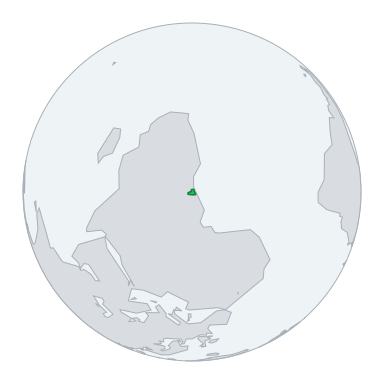 Zaire on an orthographic globe, rotated 186°
{"feature_id": "AGO-1882", "entity_name": "Zaire", "entity_type": "Province", "adm_level": 1, "iso_a3": "AGO", "parent_name": "Angola", "parent_adm1": "", "projection": "orthographic", "projection_center": [13.603, -6.817], "detail": "fine", "context": "on_globe", "style": "filled", "palette": "green", "viewbox_px": 384, "rotation_deg": 186, "n_neighbors": 0, "source": "natural_earth", "source_scale": "10m", "svg_char_len": 6699}
<svg xmlns="http://www.w3.org/2000/svg" viewBox="0 0 384 384"><g transform="rotate(186 192 192)"><circle cx="192" cy="192" r="169" fill="#eef3f6" stroke="#a8b0b8"/><path d="M109.6,44.5L101.4,49.6L97.4,53.3L95.0,55.2L88.3,59.4L85.6,60.8L81.6,64.1L95.1,53.6L109.6,44.5ZM79.5,66.0L83.8,62.4L77.7,68.0L77.2,68.6L78.3,68.0L81.2,65.5L79.4,67.5L71.8,73.6L73.3,71.9L75.7,69.8L74.4,70.8L70.4,74.7L79.5,66.0ZM67.4,77.9L66.5,78.9L66.2,79.2L67.4,77.9ZM26.1,159.9L26.2,159.2L27.5,154.3L25.7,163.9L27.9,154.5L27.6,158.5L31.3,155.9L30.5,158.2L33.4,168.0L39.4,171.2L40.8,178.0L39.8,182.7L42.5,183.3L42.6,186.3L56.2,188.5L65.4,194.8L66.6,205.2L61.8,217.9L64.3,243.9L57.6,253.8L60.5,264.4L63.3,280.4L58.6,280.5L64.7,287.4L66.0,292.3L64.3,293.4L68.1,298.6L67.1,299.2L70.7,302.2L75.2,309.5L81.1,314.5L85.9,320.3L89.9,323.1L89.4,323.2L90.6,324.6L92.7,326.3L88.6,324.4L80.4,317.8L76.7,314.0L76.0,313.8L67.5,304.1L69.0,306.4L57.5,292.5L49.9,280.5L33.9,246.7L31.3,240.4L28.5,234.3L26.6,226.7L24.4,213.4L23.2,200.1L23.1,186.6L24.1,173.2L26.1,159.9ZM97.6,328.8L90.0,325.3L93.3,326.8L90.4,323.7L96.3,326.6L97.6,328.8ZM91.3,320.7L91.0,318.7L92.5,319.4L93.0,321.0L91.3,320.7ZM357.2,156.6L356.0,151.9L358.3,163.6L360.2,175.5L360.9,186.9L360.6,183.1L359.6,171.9L358.7,167.4L357.0,157.1L352.6,141.0L352.2,142.5L350.4,136.5L344.3,123.2L342.6,125.2L341.3,138.4L344.1,153.9L342.3,160.0L332.6,136.1L326.9,121.3L324.2,122.0L313.5,109.0L297.3,106.1L294.3,102.4L291.4,103.7L283.8,99.6L278.9,93.8L274.6,93.8L287.4,109.3L292.0,109.5L294.8,104.2L297.5,109.8L304.8,115.5L299.3,128.0L274.1,138.3L270.5,126.8L245.5,96.6L245.6,93.5L245.5,93.1L245.1,92.5L244.0,97.5L239.3,92.0L253.9,112.1L256.8,121.1L273.8,139.0L272.5,140.7L277.6,144.7L292.6,141.5L293.0,145.4L286.6,163.1L264.8,187.7L267.0,205.8L264.4,221.3L249.5,231.2L249.4,243.6L241.5,247.7L240.1,254.8L233.0,262.3L221.6,269.4L203.6,269.6L203.6,263.0L196.2,250.6L186.5,220.9L192.1,207.4L190.9,197.1L177.8,175.3L180.8,163.0L177.0,158.1L169.4,159.7L164.9,154.0L160.2,154.1L130.0,160.7L120.3,154.0L107.3,132.8L112.3,123.3L112.2,113.4L146.2,78.6L154.5,79.6L182.4,74.3L186.1,75.2L184.0,82.1L205.9,90.2L211.6,84.3L230.3,89.3L242.0,89.5L244.0,77.0L224.9,76.2L220.4,70.3L234.7,65.7L251.3,67.5L250.1,65.3L238.6,59.9L241.4,56.5L234.5,57.9L238.1,60.1L233.9,61.3L230.4,59.4L231.5,58.1L226.2,57.0L222.2,64.2L225.4,67.2L212.2,68.5L216.2,73.9L213.0,76.5L205.0,68.4L205.0,65.5L191.1,57.9L189.9,60.9L203.0,68.5L199.3,67.9L197.8,73.0L196.1,68.7L182.1,60.4L169.5,63.0L155.2,76.3L147.5,78.2L140.3,76.5L143.7,64.0L160.6,61.5L162.0,57.8L157.2,53.4L162.7,53.3L162.8,51.4L169.0,50.7L176.3,46.0L182.4,45.2L183.9,40.3L187.2,39.5L185.4,42.4L187.4,44.5L202.4,43.9L204.9,42.9L204.6,39.9L208.8,40.5L206.6,37.8L214.6,37.0L203.1,35.9L202.5,33.3L206.5,31.6L204.3,30.7L197.7,33.7L197.0,35.2L199.6,36.6L195.7,41.6L190.9,42.6L187.1,37.3L179.8,38.5L180.1,34.6L197.7,27.6L205.7,26.9L221.9,30.2L220.8,31.3L214.5,30.5L221.6,33.3L220.4,32.0L223.9,32.8L224.2,31.1L226.6,31.6L222.7,29.5L225.8,29.9L228.2,31.3L231.3,30.0L237.2,31.0L236.7,30.6L234.5,29.8L243.6,32.0L242.8,31.7L239.6,30.7L235.9,29.4L233.0,28.3L236.3,29.1L237.8,29.6L245.9,32.3L249.3,34.1L250.4,34.3L248.2,33.1L238.3,29.7L235.6,28.8L240.5,30.3L238.5,29.7L238.2,29.5L241.0,30.3L238.4,29.5L250.0,33.3L261.3,37.9L272.2,43.3L282.7,49.4L292.7,56.4L302.2,64.0L311.2,72.2L319.5,81.1L327.2,90.6L334.1,100.6L340.3,111.1L345.8,122.0L350.4,133.3L354.2,144.8L357.2,156.6ZM135.9,94.8L135.3,97.7L135.9,94.8ZM269.9,76.8L279.1,78.4L272.9,70.5L275.9,70.6L272.8,68.1L272.4,69.9L264.3,63.4L267.6,61.9L265.4,59.0L262.2,58.4L257.7,62.2L269.2,71.3L268.0,74.1L269.9,76.8ZM31.5,155.7L31.7,157.3L30.9,157.7L31.5,155.7ZM33.9,135.6L34.4,136.0L33.3,137.3L33.9,135.6ZM31.8,138.3L32.3,137.0L33.4,133.8L33.5,135.8L31.6,139.6L31.7,138.7L31.8,138.3ZM78.1,67.6L78.7,67.2L79.2,67.0L77.8,68.1L78.1,67.6ZM88.7,61.2L85.5,64.5L86.8,62.7L84.2,64.6L83.7,63.6L93.8,56.1L89.3,59.5L88.7,61.2ZM85.8,60.8L85.0,61.9L85.4,61.1L85.8,60.8ZM157.1,43.7L159.7,44.3L158.0,46.4L150.2,48.8L152.6,45.6L157.1,43.7ZM163.7,45.0L162.1,39.9L166.9,38.7L164.5,40.2L167.8,39.9L164.8,42.2L170.9,46.6L169.8,48.8L156.1,51.1L161.2,48.9L158.3,48.1L163.7,45.0ZM149.7,33.6L149.1,32.7L160.2,31.1L159.5,32.3L151.8,34.3L148.0,34.2L149.7,33.6ZM178.6,23.6L180.9,23.4L176.0,23.8L176.9,23.8L173.9,24.2L171.8,24.7L169.4,25.0L169.6,25.1L167.6,25.6L167.1,25.9L162.7,26.7L161.7,27.3L160.1,27.4L159.6,28.3L158.0,28.0L155.3,28.9L158.3,28.7L135.6,34.4L127.4,37.9L121.4,41.1L119.4,40.9L123.8,38.0L131.5,34.4L139.7,31.5L137.3,32.2L140.5,31.1L141.1,31.0L142.1,30.6L154.1,27.4L166.3,25.0L178.6,23.6ZM189.6,72.6L192.3,72.8L196.4,72.4L195.5,75.8L189.6,72.6ZM179.9,67.0L182.3,66.4L183.0,70.5L180.2,70.5L179.9,67.0ZM182.9,62.9L182.3,66.1L181.0,64.4L182.9,62.9ZM187.5,42.0L190.0,41.6L190.5,42.2L189.4,43.4L187.5,42.0ZM194.4,24.1L192.1,23.9L192.7,23.8L190.3,23.4L193.7,23.3L196.5,23.5L194.4,24.1ZM241.1,79.0L238.2,81.2L236.2,80.0L237.6,79.4L241.1,79.0ZM216.1,78.1L222.1,79.7L215.7,79.0L216.1,78.1ZM197.7,23.9L196.3,23.7L198.9,23.8L197.7,23.9ZM196.1,23.3L199.0,23.4L193.9,23.3L196.1,23.3ZM283.9,310.4L283.3,312.8L281.5,312.7L283.9,310.4ZM289.8,220.6L276.5,247.6L269.6,247.2L269.5,238.8L275.2,222.3L283.7,218.2L288.2,211.0L289.8,220.6ZM360.4,206.0L360.6,199.4L358.4,173.1L359.3,174.5L361.0,191.0L361.0,192.9L360.9,194.0L360.9,194.8L360.4,206.0ZM344.7,155.5L347.7,165.6L346.4,166.7L344.7,155.5ZM224.8,26.3L224.2,26.6L226.1,27.6L230.7,28.9L224.0,27.5L221.1,26.1L224.8,26.3ZM208.8,23.9L208.4,23.9L206.3,23.7L208.8,23.9Z" fill="#d9dde1" stroke="#a8b0b8" stroke-width="1"/><path d="M193.0,189.1L193.6,189.2L193.8,189.3L194.2,189.3L194.4,189.3L194.6,189.3L194.8,189.3L195.2,189.2L195.4,189.2L195.4,189.4L195.7,189.7L195.7,189.8L195.8,190.1L195.9,190.3L196.0,190.4L196.0,190.5L195.9,190.6L195.6,190.9L195.5,191.1L195.4,191.2L195.2,191.3L194.7,191.4L194.6,191.5L194.4,191.6L194.2,191.6L194.0,191.8L193.9,191.8L193.9,192.0L193.6,192.1L193.4,192.2L193.2,192.2L193.2,192.3L192.9,192.4L192.7,192.4L192.6,192.5L192.7,192.9L192.8,192.9L192.8,193.0L192.8,193.4L192.8,193.5L192.9,193.8L193.0,193.9L193.0,194.0L192.9,194.1L192.7,194.2L192.6,194.4L192.5,194.5L192.4,194.5L192.2,194.5L191.7,194.7L191.4,194.6L191.2,194.6L190.9,194.7L190.9,194.8L190.7,194.9L190.2,194.2L190.1,193.8L190.0,193.5L189.9,193.4L189.8,193.2L189.7,192.6L189.7,192.4L189.4,192.0L189.1,191.8L188.9,191.5L188.6,191.0L188.5,190.7L188.4,190.4L188.2,190.2L188.1,189.9L188.3,189.8L188.3,190.0L188.3,189.9L188.6,189.9L188.8,189.9L189.0,189.8L189.2,189.7L189.3,189.7L189.5,189.7L189.8,189.6L190.0,189.5L190.1,189.4L190.3,189.3L190.5,189.3L190.6,189.2L190.8,189.2L191.0,189.2L191.2,189.3L191.3,189.2L191.7,189.2L191.8,189.2L192.1,189.2L192.6,189.2L193.0,189.1Z" fill="#22c55e" stroke="#15803d" stroke-width="1.5"/></g></svg>